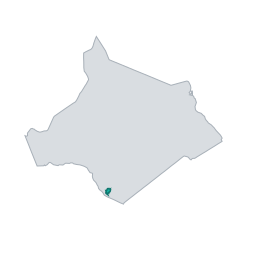 Alego Usonga, Nyanza, Kenya (highlighted), rotated 293°
{"feature_id": "3690345B57306569752992", "entity_name": "Alego Usonga", "entity_type": "district", "adm_level": 2, "iso_a3": "KEN", "parent_name": "Kenya", "parent_adm1": "Nyanza", "projection": "albers", "projection_center": [34.222, 0.062], "detail": "fine", "context": "in_parent", "style": "filled", "palette": "teal", "viewbox_px": 256, "rotation_deg": 293, "n_neighbors": 0, "source": "geoboundaries", "source_scale": "gbopen_adm2", "svg_char_len": 3748}
<svg xmlns="http://www.w3.org/2000/svg" viewBox="0 0 256 256"><g transform="rotate(293 128 128)"><path d="M56.2,153.6L56.1,150.5L56.5,142.7L56.5,135.8L56.9,132.4L58.6,130.2L59.4,128.6L59.9,126.4L60.8,124.6L62.8,123.1L63.2,122.3L65.3,119.8L66.6,116.7L67.6,115.6L68.8,114.6L69.6,114.1L71.0,113.6L72.1,113.3L72.3,113.0L72.4,112.5L72.1,110.5L72.5,109.9L73.3,108.6L74.1,107.4L74.9,106.6L75.3,105.8L75.5,104.4L75.6,103.4L75.6,101.8L75.3,98.2L74.4,95.2L73.8,91.8L74.2,90.7L73.5,88.7L73.2,88.6L72.6,88.1L71.9,86.2L71.3,84.5L71.0,84.1L68.5,82.6L67.3,79.1L66.0,78.3L65.3,74.8L65.1,73.8L65.9,70.3L65.8,69.5L65.0,68.7L62.7,68.0L60.9,66.5L61.1,66.0L61.3,65.5L60.3,65.2L57.5,59.2L61.1,55.6L64.8,51.9L69.4,47.3L73.7,43.1L77.4,39.4L80.7,36.2L80.7,36.8L80.7,37.6L81.1,38.1L81.8,38.5L82.7,38.1L83.5,37.6L84.3,37.5L89.3,38.8L90.2,40.0L90.1,41.3L90.3,42.2L89.9,43.1L89.5,45.9L89.7,48.5L91.1,50.4L92.5,51.9L93.5,54.0L94.3,54.7L95.4,55.0L98.8,55.1L103.9,55.2L108.8,55.3L109.2,55.4L110.2,55.7L114.7,58.5L118.8,61.1L122.3,63.3L125.7,65.5L129.0,67.6L131.5,69.4L134.0,69.9L138.1,70.2L140.9,70.2L143.5,71.0L147.4,71.6L150.3,72.0L152.1,72.4L156.9,72.8L157.7,72.5L159.8,70.6L162.2,67.4L163.1,65.6L166.2,63.8L171.7,61.4L175.5,59.6L179.7,57.9L181.7,59.4L184.4,61.7L185.6,62.9L186.5,63.4L188.0,63.8L189.7,63.8L190.7,63.7L192.7,63.4L197.3,63.1L199.9,63.1L197.7,66.3L195.1,70.1L190.2,77.2L186.5,80.9L183.7,83.7L183.5,84.2L183.5,87.4L183.6,95.0L183.7,110.2L183.9,125.5L184.0,140.7L184.1,148.3L184.1,150.9L186.6,154.1L189.1,157.2L192.3,161.3L194.0,163.5L194.3,164.2L194.2,165.7L191.6,168.8L189.5,170.2L186.6,170.9L185.7,170.8L184.5,170.4L184.1,171.1L183.8,172.3L183.1,172.0L182.6,171.7L182.9,173.7L183.2,174.8L182.8,176.1L181.4,177.3L181.3,178.3L178.2,181.0L173.9,181.3L171.6,182.7L170.6,183.7L169.9,186.1L170.1,189.7L168.9,192.5L168.7,193.9L166.5,195.7L165.5,197.3L164.8,199.0L164.1,199.8L163.4,203.5L162.4,205.8L162.1,206.6L161.8,207.3L161.0,208.6L160.5,209.5L160.1,210.1L157.5,216.0L155.5,218.6L153.8,218.3L152.8,219.4L152.6,219.8L152.1,219.6L150.7,218.6L147.9,216.6L145.1,214.7L142.3,212.7L139.5,210.7L136.7,208.8L134.0,206.8L131.2,204.8L128.4,202.8L126.7,201.7L126.0,201.0L125.4,199.6L125.2,199.3L124.4,198.8L123.6,198.7L123.3,198.5L123.3,197.8L123.6,196.9L124.6,195.0L124.7,194.0L124.5,192.7L124.2,190.8L123.9,190.4L122.1,189.3L118.2,187.2L114.3,185.1L110.5,182.9L106.6,180.8L102.7,178.7L98.9,176.5L95.0,174.4L91.2,172.3L87.3,170.1L83.4,168.0L79.6,165.8L75.7,163.7L71.9,161.5L68.0,159.4L64.1,157.2L60.3,155.1L58.8,154.3L57.5,153.6L56.2,153.6ZM184.5,174.1L183.9,174.3L184.2,173.2L186.2,171.9L187.0,172.2L187.2,172.5L187.1,172.8L186.8,173.0L184.5,174.1Z" fill="#d9dde1" stroke="#a8b0b8" stroke-width="1"/><path d="M61.9,132.5L61.7,132.6L61.4,132.5L61.4,132.4L61.3,132.5L61.2,132.5L60.9,132.7L60.7,132.7L60.7,132.8L60.4,132.8L60.2,132.9L60.0,133.0L60.0,133.3L59.9,133.3L59.9,133.2L59.9,133.3L59.8,133.2L59.7,133.0L59.4,133.2L59.4,133.3L59.2,133.4L59.2,133.5L59.2,133.8L59.0,134.2L58.8,135.0L58.7,135.4L58.8,135.3L59.3,135.1L59.6,134.9L59.9,134.8L60.0,134.9L60.0,135.0L60.3,135.2L60.5,135.2L60.7,135.3L60.7,135.5L60.8,135.6L61.0,135.6L61.3,135.7L61.2,135.8L61.3,135.8L61.4,135.7L61.5,135.7L61.8,135.7L61.8,135.8L61.9,136.0L62.0,136.1L62.3,136.2L62.4,136.3L62.5,136.3L62.8,136.3L63.0,136.3L63.2,136.2L63.3,136.2L63.5,136.2L63.8,136.1L64.0,136.1L64.3,136.0L64.4,135.9L64.5,135.9L64.5,135.7L64.8,135.5L64.9,135.4L65.0,135.4L64.9,135.3L64.9,135.2L64.7,134.9L64.7,134.7L64.7,134.4L64.7,134.2L64.8,134.1L64.7,134.0L64.6,133.9L64.5,133.7L64.5,133.4L64.4,133.4L64.4,133.2L64.2,133.1L64.1,132.9L63.9,132.9L63.7,132.9L63.5,132.7L63.4,132.7L63.2,132.7L62.9,132.8L62.7,132.8L62.4,132.8L62.2,132.8L62.0,132.7L61.9,132.6L61.9,132.5Z" fill="#14b8a6" stroke="#0f766e" stroke-width="1.5"/></g></svg>